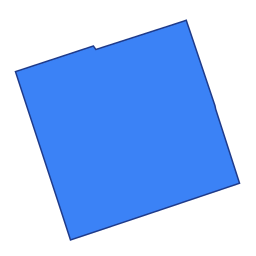 outline of Blackford, Indiana, United States of America, rotated 252°
{"feature_id": "52423323B73366349077261", "entity_name": "Blackford", "entity_type": "district", "adm_level": 2, "iso_a3": "USA", "parent_name": "United States of America", "parent_adm1": "Indiana", "projection": "albers", "projection_center": [-85.31, 40.473], "detail": "fine", "context": "isolated", "style": "filled", "palette": "blue", "viewbox_px": 256, "rotation_deg": 252, "n_neighbors": 0, "source": "geoboundaries", "source_scale": "gbopen_adm2", "svg_char_len": 352}
<svg xmlns="http://www.w3.org/2000/svg" viewBox="0 0 256 256"><g transform="rotate(252 128 128)"><path d="M39.3,38.7L40.0,121.7L41.0,216.7L41.0,217.0L118.9,217.2L122.3,217.6L203.0,216.8L209.1,216.7L212.5,216.7L212.4,213.2L212.6,121.7L216.7,120.4L216.4,38.4L202.1,38.4L80.0,38.7L39.3,38.7Z" fill="#3b82f6" stroke="#1e3a8a" stroke-width="1.5"/></g></svg>